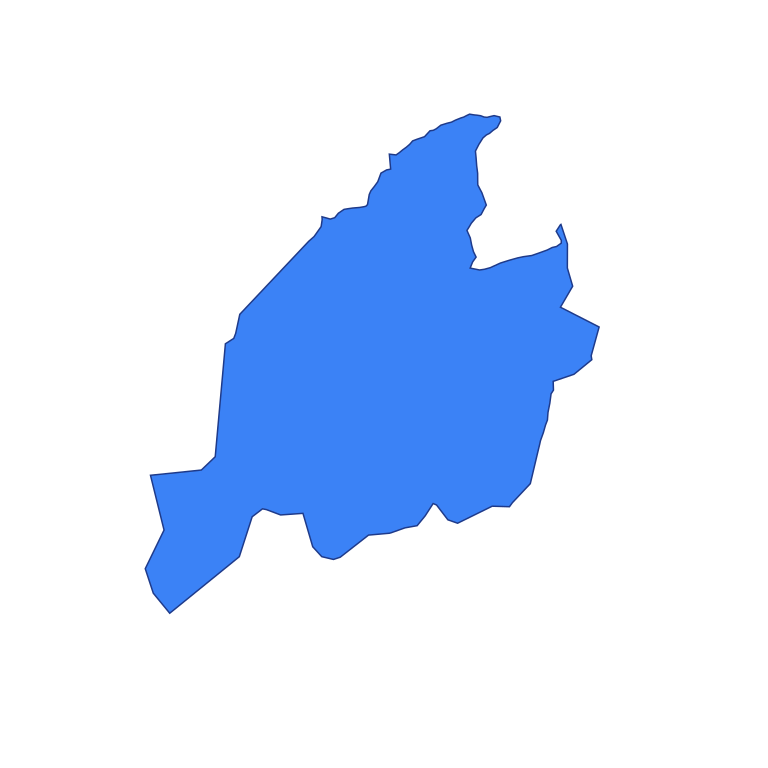 outline of Ibarapa East, Oyo, Nigeria, rotated 201°
{"feature_id": "59680162B5704166644463", "entity_name": "Ibarapa East", "entity_type": "district", "adm_level": 2, "iso_a3": "NGA", "parent_name": "Nigeria", "parent_adm1": "Oyo", "projection": "robinson", "projection_center": [3.477, 7.592], "detail": "fine", "context": "isolated", "style": "filled", "palette": "blue", "viewbox_px": 768, "rotation_deg": 201, "n_neighbors": 0, "source": "geoboundaries", "source_scale": "gbopen_adm2", "svg_char_len": 2066}
<svg xmlns="http://www.w3.org/2000/svg" viewBox="0 0 768 768"><g transform="rotate(201 384 384)"><path d="M203.6,514.3L246.8,518.9L242.9,542.9L254.4,558.0L262.9,580.4L276.0,596.4L276.4,595.8L278.0,588.3L270.0,581.7L269.0,579.0L272.2,574.2L275.9,571.7L279.6,567.6L286.3,561.8L292.1,556.9L299.5,552.8L304.6,549.5L304.7,549.4L311.3,544.5L318.6,538.7L326.7,530.5L329.6,528.4L331.2,527.2L335.6,524.7L345.1,523.1L345.0,529.7L343.5,535.5L347.9,539.6L352.1,545.3L352.2,545.5L355.8,551.3L361.6,557.1L360.8,561.2L360.1,565.4L357.8,572.0L354.1,577.0L353.3,583.6L352.6,587.7L361.2,597.7L364.1,600.2L367.8,603.5L369.2,606.9L372.1,614.3L375.7,621.0L379.2,628.4L382.1,634.2L381.3,641.7L379.8,649.2L377.6,653.3L375.3,655.8L373.1,659.9L370.7,663.3L370.2,664.1L369.4,671.5L371.5,674.8L377.4,674.0L381.1,671.5L383.3,669.9L386.2,669.1L389.9,669.1L393.5,668.3L396.4,667.5L400.8,666.6L403.1,664.2L405.3,661.7L407.5,660.0L411.9,655.9L414.9,652.6L418.5,650.1L423.7,646.0L426.7,641.0L428.9,638.5L431.8,636.9L434.8,629.4L440.7,624.5L444.4,621.2L445.9,617.0L448.1,612.9L450.3,609.6L452.6,605.5L454.8,602.2L461.4,600.5L454.8,587.0L455.4,586.6L458.3,584.8L462.4,579.8L462.3,570.6L463.8,565.0L465.5,559.6L465.7,555.7L463.7,545.6L464.6,543.5L466.3,542.3L470.0,540.1L476.4,537.0L480.5,534.7L483.9,532.7L487.8,527.1L489.6,521.6L493.3,518.7L496.9,518.4L501.8,517.9L500.6,515.2L499.1,508.4L502.1,496.6L505.4,490.3L543.6,397.4L540.6,378.1L540.6,372.7L542.1,370.7L546.5,364.7L546.1,363.4L515.5,255.6L523.7,238.2L569.3,215.1L537.0,168.8L540.7,126.0L524.4,106.0L501.9,93.2L457.2,170.9L459.5,212.8L452.7,223.9L448.8,224.6L433.6,224.7L413.3,234.2L392.2,206.5L380.2,200.5L368.3,202.1L362.8,206.6L344.3,237.4L325.5,246.6L324.1,247.6L312.9,257.2L302.3,263.6L298.3,275.7L295.3,290.0L291.6,289.9L275.7,280.1L265.4,280.4L239.2,308.7L222.9,314.4L221.6,319.2L211.7,343.4L215.8,373.9L217.1,383.8L217.6,387.1L217.8,395.7L218.5,403.6L218.5,408.9L220.7,416.2L222.3,425.5L224.5,434.7L223.6,439.0L227.0,447.1L210.1,461.2L198.7,481.2L200.7,484.6L203.6,514.3Z" fill="#3b82f6" stroke="#1e3a8a" stroke-width="1.5"/></g></svg>